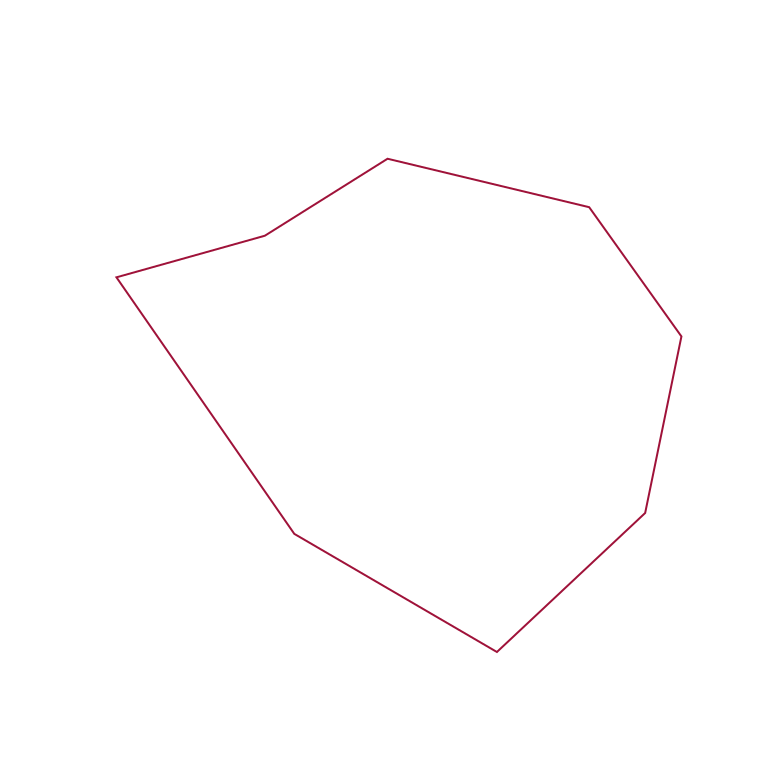 the Municipality of Şuşa, rotated 196°
{"feature_id": "AZE-5565", "entity_name": "Şuşa", "entity_type": "Municipality", "adm_level": 1, "iso_a3": "AZE", "parent_name": "Azerbaijan", "parent_adm1": "", "projection": "albers", "projection_center": [46.75, 39.758], "detail": "fine", "context": "isolated", "style": "outline", "palette": "rose", "viewbox_px": 768, "rotation_deg": 196, "n_neighbors": 0, "source": "natural_earth", "source_scale": "10m", "svg_char_len": 273}
<svg xmlns="http://www.w3.org/2000/svg" viewBox="0 0 768 768"><g transform="rotate(196 384 384)"><path d="M201.6,157.5L428.9,215.2L670.6,412.8L539.4,493.7L442.7,601.5L235.5,610.5L111.2,511.7L97.4,332.0L201.6,157.5Z" fill="none" stroke="#9f1239" stroke-width="2"/></g></svg>